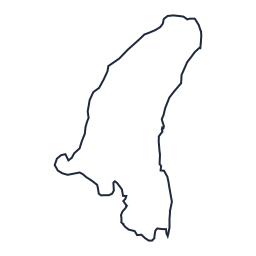 Suakoko, Bong, Liberia (Equal Earth projection)
{"feature_id": "62588387B13478865264863", "entity_name": "Suakoko", "entity_type": "district", "adm_level": 2, "iso_a3": "LBR", "parent_name": "Liberia", "parent_adm1": "Bong", "projection": "equal_earth", "projection_center": [-9.592, 7.068], "detail": "fine", "context": "isolated", "style": "outline", "palette": "slate", "viewbox_px": 256, "rotation_deg": 0, "n_neighbors": 0, "source": "geoboundaries", "source_scale": "gbopen_adm2", "svg_char_len": 2200}
<svg xmlns="http://www.w3.org/2000/svg" viewBox="0 0 256 256"><path d="M200.3,48.1L200.8,43.1L201.3,35.7L201.0,31.2L200.8,31.1L198.6,24.7L198.3,24.3L194.8,18.7L189.6,18.7L187.3,19.4L183.5,16.6L180.5,16.2L180.0,16.1L173.3,15.4L167.6,16.0L165.1,17.9L163.8,19.0L162.8,23.7L160.2,27.1L155.3,30.1L149.9,32.4L144.4,34.5L139.3,39.4L136.4,42.0L127.8,49.7L119.2,58.6L108.3,66.1L108.3,66.3L107.5,71.2L103.8,79.3L99.1,87.9L93.3,92.1L92.3,94.3L89.7,99.9L88.5,106.8L87.7,111.4L88.0,113.5L88.6,118.0L87.2,121.2L85.5,127.2L84.8,133.8L83.5,137.0L81.7,141.6L79.6,148.4L74.1,153.4L71.8,157.8L68.8,160.1L68.4,160.4L65.7,154.8L65.4,154.2L61.2,155.1L59.0,156.9L56.9,158.7L54.7,165.1L57.2,169.4L57.7,170.4L57.9,170.6L60.7,172.3L62.1,173.2L65.1,174.1L67.7,174.8L79.7,172.5L82.8,174.2L83.7,174.9L86.2,177.1L92.2,181.0L97.1,184.8L97.9,188.0L98.1,189.5L98.8,193.7L101.2,195.4L104.0,195.2L106.8,195.2L108.9,195.2L112.1,193.7L113.8,190.7L113.8,190.2L113.4,182.6L114.9,181.3L117.1,183.0L120.2,187.1L121.9,189.4L123.0,195.8L125.7,196.0L126.3,196.0L125.4,198.8L123.3,201.1L126.3,205.2L126.1,206.5L126.5,206.4L126.1,207.2L124.9,208.8L122.4,211.6L121.0,215.2L121.3,216.9L121.5,220.1L121.3,222.4L123.3,224.0L123.1,224.3L124.9,226.6L126.4,227.8L128.7,229.6L134.7,231.1L137.1,235.1L139.7,234.9L141.4,234.7L142.7,235.9L145.0,238.1L148.8,240.6L149.0,240.6L152.0,240.6L154.3,238.3L154.7,234.2L155.4,230.6L157.2,228.5L162.7,229.1L164.7,229.1L164.9,229.1L166.0,229.1L166.5,233.6L167.4,235.4L167.7,236.1L168.5,232.8L169.5,227.4L169.5,218.9L170.0,212.6L169.9,210.7L170.2,210.1L171.9,201.7L171.4,198.9L171.3,198.5L169.0,185.4L168.4,181.5L168.1,180.3L167.4,176.8L165.4,173.3L164.8,172.1L164.4,171.4L164.1,170.8L160.6,170.4L161.1,166.0L160.1,164.7L159.6,164.0L159.7,162.2L159.7,161.4L159.9,157.2L159.9,156.1L160.0,154.9L159.4,150.0L159.2,147.2L158.7,141.7L158.8,138.9L158.8,136.4L159.5,135.5L159.9,134.9L162.5,131.5L161.8,129.6L162.3,127.5L163.4,128.3L163.9,126.2L162.5,121.9L162.4,121.6L161.8,119.1L163.6,114.9L164.6,110.5L165.3,107.7L165.5,107.3L169.4,97.5L174.0,91.6L174.4,91.1L181.1,83.2L181.5,76.5L181.5,75.1L187.2,62.1L189.2,59.5L189.4,59.3L194.8,52.1L197.4,49.7L199.5,47.8L200.3,48.1Z" fill="none" stroke="#1e293b" stroke-width="2"/></svg>